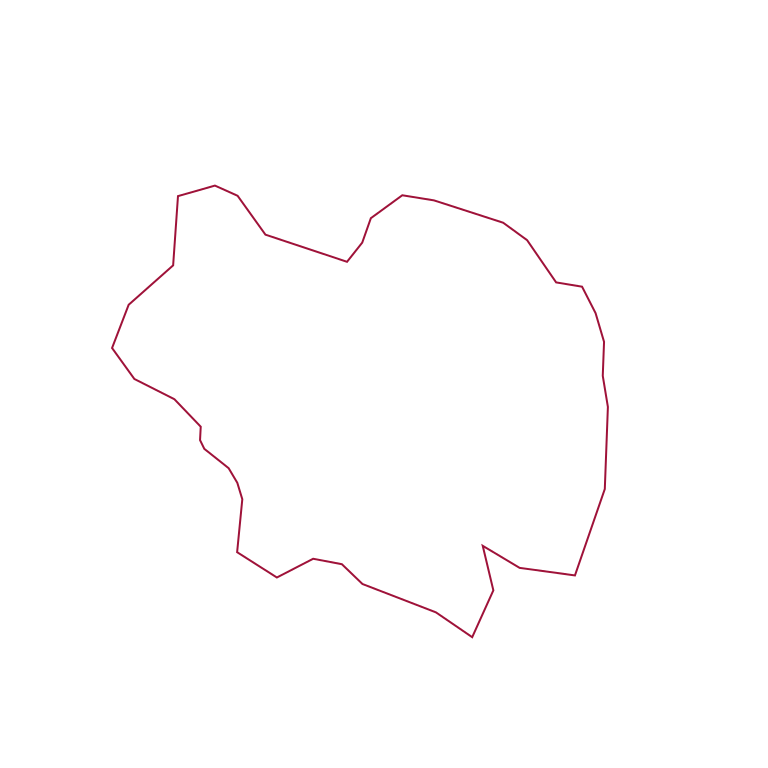 the District of Călărași, rotated 241°
{"feature_id": "MDA-1632", "entity_name": "Călărași", "entity_type": "District", "adm_level": 1, "iso_a3": "MDA", "parent_name": "Moldova", "parent_adm1": "", "projection": "orthographic", "projection_center": [28.345, 47.299], "detail": "fine", "context": "isolated", "style": "outline", "palette": "rose", "viewbox_px": 768, "rotation_deg": 241, "n_neighbors": 0, "source": "natural_earth", "source_scale": "10m", "svg_char_len": 658}
<svg xmlns="http://www.w3.org/2000/svg" viewBox="0 0 768 768"><g transform="rotate(241 384 384)"><path d="M639.5,332.3L619.6,347.2L572.1,352.7L508.8,410.9L518.2,433.5L535.4,452.9L540.2,491.5L520.4,516.7L467.3,566.4L440.4,578.9L389.4,583.8L373.1,604.4L343.4,603.4L314.2,596.9L285.1,579.3L255.4,568.7L185.1,526.2L124.0,458.2L157.4,413.5L194.6,391.9L150.5,379.6L119.8,338.4L159.1,318.7L219.5,268.2L246.8,259.8L265.5,237.3L266.7,196.5L308.1,174.0L351.9,204.2L368.7,207.8L385.7,207.3L414.4,195.4L424.1,195.9L435.5,203.0L472.3,193.3L509.4,168.1L547.3,163.6L577.1,199.1L590.0,257.1L648.2,294.9L639.5,332.3Z" fill="none" stroke="#9f1239" stroke-width="2"/></g></svg>